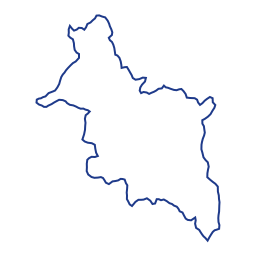 the district of Borda da Mata, Minas Gerais, Brazil
{"feature_id": "56859067B81433489923688", "entity_name": "Borda da Mata", "entity_type": "district", "adm_level": 2, "iso_a3": "BRA", "parent_name": "Brazil", "parent_adm1": "Minas Gerais", "projection": "equal_earth", "projection_center": [-46.16, -22.254], "detail": "fine", "context": "isolated", "style": "outline", "palette": "blue", "viewbox_px": 256, "rotation_deg": 0, "n_neighbors": 0, "source": "geoboundaries", "source_scale": "gbopen_adm2", "svg_char_len": 3025}
<svg xmlns="http://www.w3.org/2000/svg" viewBox="0 0 256 256"><path d="M105.2,17.4L102.0,16.5L99.2,15.4L96.5,15.6L95.0,18.4L92.6,20.4L90.5,22.5L87.4,24.0L86.0,27.4L84.3,29.7L81.8,28.0L78.8,27.8L76.7,29.6L74.0,30.6L72.0,28.6L69.9,25.9L68.7,29.3L68.8,32.9L68.4,35.7L70.2,37.6L72.9,39.3L73.9,43.2L74.1,46.4L74.7,49.9L76.6,52.6L79.0,54.0L79.0,57.9L75.7,61.5L72.9,63.1L70.7,65.2L68.0,68.0L66.0,70.3L64.5,72.6L62.8,74.5L61.3,77.0L60.1,80.7L59.2,84.0L57.3,87.5L55.1,90.5L53.1,91.4L48.6,93.1L45.5,96.4L42.9,97.2L40.9,98.3L38.9,98.6L36.8,99.6L36.5,102.6L39.1,104.6L41.8,105.5L44.0,106.9L46.4,106.9L48.3,105.6L51.6,104.1L54.1,102.5L56.1,101.4L59.1,99.8L62.8,100.1L65.6,101.3L67.1,103.1L69.8,104.8L73.3,105.4L76.1,106.6L78.3,107.8L80.7,108.7L83.4,108.6L85.4,109.6L87.8,110.2L89.7,111.5L87.9,113.5L85.7,115.2L84.9,118.8L85.5,122.8L85.2,126.0L85.0,129.9L84.1,134.3L82.4,139.5L84.7,141.5L87.8,142.7L91.8,143.2L94.8,144.8L95.3,148.6L96.1,152.7L97.8,156.0L94.9,157.0L91.6,156.8L89.1,158.1L87.3,159.8L86.8,163.7L86.9,167.3L86.7,171.1L88.2,174.5L91.5,177.0L94.4,177.8L97.8,177.6L100.9,177.1L103.0,178.0L104.4,180.1L105.9,182.7L108.9,184.1L112.5,181.4L115.5,181.0L118.2,180.4L120.6,178.9L122.6,179.0L124.7,179.6L125.9,183.1L127.3,185.3L127.1,188.8L126.7,192.6L127.0,195.5L126.9,199.1L128.1,201.2L129.7,204.4L132.0,206.0L133.5,204.2L135.4,201.9L138.4,199.8L141.2,199.8L143.6,199.6L146.9,198.3L150.3,200.7L152.5,204.0L155.1,203.5L156.7,199.2L158.8,199.2L161.0,200.2L163.8,199.5L166.7,201.1L169.5,203.2L172.0,204.0L174.0,205.6L176.8,206.7L178.4,208.7L179.7,211.3L182.5,212.5L184.1,215.7L185.7,218.6L187.7,219.9L191.1,220.3L193.3,218.8L195.2,217.5L195.7,220.3L195.1,223.7L196.1,227.9L199.2,229.9L200.6,232.2L202.0,234.3L203.5,236.3L205.3,237.9L207.6,240.6L209.5,237.1L211.4,234.0L212.8,231.9L214.6,230.3L216.6,229.7L219.1,228.8L219.4,225.1L218.5,222.0L218.3,218.1L218.5,215.4L219.1,211.5L219.3,205.6L219.5,202.2L219.0,199.0L218.8,195.4L217.9,191.6L217.8,186.6L215.4,183.8L212.8,181.9L210.2,179.8L207.3,177.2L207.4,173.3L208.0,169.7L208.7,166.7L207.8,162.3L205.6,160.1L203.5,157.3L202.4,152.7L201.4,149.3L201.5,144.7L202.0,141.9L202.8,138.8L204.1,135.5L204.8,132.6L204.3,129.3L203.9,126.2L202.4,123.7L202.3,120.2L204.8,118.9L207.9,116.7L210.5,114.2L212.5,110.7L214.4,107.8L215.3,105.0L212.8,102.3L212.6,98.2L209.9,97.0L207.0,98.9L204.7,100.7L202.4,103.2L200.0,104.9L198.1,102.5L197.1,99.7L194.7,98.2L190.1,98.0L186.8,97.6L185.6,94.0L183.5,91.1L181.4,89.0L179.2,89.3L176.6,90.2L173.9,89.9L170.6,88.8L168.1,87.8L165.7,87.3L163.9,85.6L161.8,88.4L158.5,88.8L156.1,90.6L153.9,91.8L151.4,92.8L149.1,93.9L146.7,92.5L143.5,92.0L141.1,93.1L139.7,90.6L140.3,87.5L142.0,84.7L145.0,81.5L145.9,77.9L142.8,77.6L139.3,79.1L135.5,79.7L132.8,78.0L131.6,75.0L130.2,72.6L128.8,70.1L126.9,67.0L124.6,67.2L121.6,67.9L121.3,64.7L120.7,61.4L119.4,57.8L117.4,55.5L115.3,54.7L114.8,51.3L114.3,48.0L113.3,44.7L112.0,42.0L109.9,40.2L108.8,37.8L111.9,35.0L112.3,32.3L111.3,29.3L109.9,26.3L109.1,23.7L107.7,20.7L105.2,17.4Z" fill="none" stroke="#1e3a8a" stroke-width="2"/></svg>